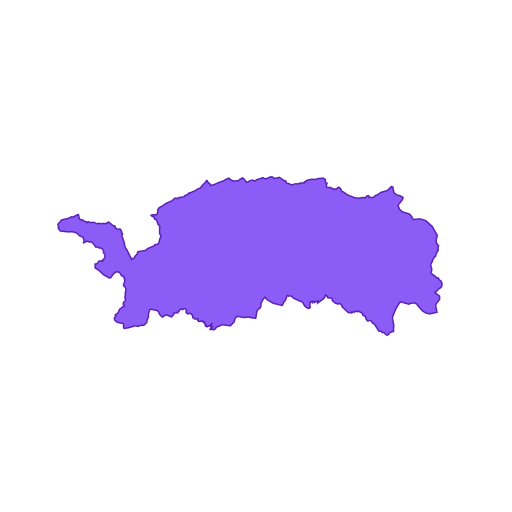 outline of Intregalde, Alba, Romania, rotated 215°
{"feature_id": "2599482B14836518060914", "entity_name": "Intregalde", "entity_type": "district", "adm_level": 2, "iso_a3": "ROU", "parent_name": "Romania", "parent_adm1": "Alba", "projection": "albers", "projection_center": [23.397, 46.245], "detail": "fine", "context": "isolated", "style": "filled", "palette": "violet", "viewbox_px": 512, "rotation_deg": 215, "n_neighbors": 0, "source": "geoboundaries", "source_scale": "gbopen_adm2", "svg_char_len": 6136}
<svg xmlns="http://www.w3.org/2000/svg" viewBox="0 0 512 512"><g transform="rotate(215 256 256)"><path d="M169.1,388.3L173.3,387.9L174.1,387.2L176.3,386.8L179.4,387.0L183.6,391.0L183.7,390.5L184.4,390.0L184.9,390.4L186.1,384.7L190.1,379.9L191.6,375.8L193.0,373.9L193.2,371.8L194.3,370.6L197.1,368.9L198.0,369.9L198.6,369.9L199.7,368.6L199.8,366.0L201.3,365.8L205.5,361.9L208.5,360.4L216.1,358.5L221.4,358.6L222.1,358.2L223.3,358.4L225.6,359.8L227.5,359.8L227.9,359.7L228.5,357.5L230.0,355.6L231.0,355.4L231.3,354.9L232.2,355.3L232.6,354.8L234.7,354.7L236.7,353.1L238.0,353.1L239.2,354.9L239.5,356.3L240.2,355.8L241.6,356.6L243.1,358.4L245.5,358.4L249.7,354.9L250.9,353.1L255.2,350.1L258.2,346.4L258.1,345.5L258.9,344.4L258.5,343.4L261.8,341.0L262.5,339.5L264.9,337.9L267.7,334.6L268.8,334.1L270.2,334.4L272.4,333.1L274.6,334.5L277.0,333.8L281.8,333.9L285.6,329.8L287.3,330.3L289.3,329.4L292.1,325.0L293.5,324.2L294.8,324.3L295.9,323.6L295.8,323.0L298.8,319.5L300.2,316.5L302.1,316.4L303.9,314.6L304.9,312.4L306.1,310.9L309.5,312.1L311.8,312.3L313.0,310.0L313.6,307.7L317.4,304.5L320.5,303.9L323.1,304.2L323.6,302.5L324.5,302.0L325.8,298.4L326.8,297.7L326.8,297.2L329.0,294.5L329.1,293.9L331.3,290.5L333.7,287.7L335.0,288.6L336.3,288.8L336.7,288.4L339.2,289.7L339.8,289.5L339.8,286.4L340.4,283.9L340.7,279.7L342.5,276.9L343.1,274.6L344.0,273.6L345.9,270.2L347.0,269.3L347.4,266.8L348.6,265.3L348.9,264.6L348.8,263.5L349.2,262.9L352.8,259.5L353.1,258.0L354.8,257.6L355.7,256.5L356.6,252.8L360.0,247.3L361.3,243.5L363.1,239.8L363.0,237.5L361.7,235.8L361.0,233.2L362.7,231.4L363.8,231.0L365.3,229.2L364.3,228.9L361.8,229.3L360.1,228.1L359.1,228.7L356.9,227.6L354.7,225.8L354.0,225.9L351.4,224.7L350.7,223.1L347.8,219.1L345.2,217.8L344.4,214.3L343.0,210.8L343.5,208.9L345.4,207.3L345.1,206.7L345.4,205.7L349.1,199.9L349.5,197.4L355.2,191.8L354.4,188.9L355.0,187.1L354.6,184.2L355.4,183.3L355.8,181.8L365.7,187.2L367.9,187.8L372.2,191.8L377.9,196.0L378.0,197.6L379.2,197.7L379.5,198.5L382.3,200.2L383.7,199.6L384.9,198.2L387.8,198.7L388.3,199.5L388.9,199.6L390.3,198.9L396.3,199.3L396.6,198.9L396.5,197.6L397.3,197.3L397.5,196.4L398.4,196.1L398.6,195.5L399.6,195.3L401.3,193.6L403.4,192.7L405.1,191.0L408.1,190.6L411.3,188.0L412.1,188.2L413.0,187.9L413.4,186.5L414.0,186.9L417.1,185.9L419.2,186.1L420.1,185.1L421.5,185.1L422.2,185.3L425.2,188.1L426.7,186.2L426.9,185.1L427.4,184.8L427.8,183.2L429.5,182.4L431.6,178.9L436.0,174.0L436.2,173.0L435.9,171.2L436.5,169.8L436.4,168.2L434.3,166.6L434.3,165.8L433.6,165.2L430.7,164.2L423.9,167.9L420.4,170.5L416.5,172.0L411.9,171.4L408.4,172.1L406.0,170.3L405.1,168.9L405.1,168.1L404.7,168.0L403.6,169.8L403.2,171.2L400.1,172.0L399.4,173.0L397.8,173.2L392.3,171.4L392.2,171.9L388.5,172.9L387.5,173.7L385.7,173.6L383.7,172.6L383.0,171.4L379.8,169.9L379.0,167.8L378.9,166.8L379.2,165.3L378.7,164.6L378.7,163.6L379.3,163.9L381.7,161.7L381.9,158.2L383.2,157.1L380.7,153.8L379.5,154.2L378.1,153.9L377.7,154.3L369.9,153.2L363.4,153.9L362.5,155.1L362.5,159.5L361.6,162.6L359.4,164.1L357.6,164.0L355.1,162.8L351.9,163.2L351.6,162.3L349.8,161.2L348.5,158.7L348.1,156.4L346.5,155.4L345.5,155.7L343.3,153.9L342.0,150.9L340.5,148.8L339.5,146.6L338.4,146.0L337.2,144.2L337.9,142.3L337.3,140.4L335.0,139.6L336.2,137.7L336.1,137.0L337.1,134.7L337.1,133.5L336.4,130.4L337.5,127.1L337.4,126.8L336.4,126.5L336.5,124.0L334.8,122.4L331.6,122.1L326.2,124.4L325.2,124.1L323.4,121.3L322.5,121.0L319.3,124.1L314.9,129.6L312.0,130.9L311.3,132.4L308.1,135.0L307.4,139.0L308.5,141.2L309.0,144.0L311.1,147.4L312.0,150.1L312.0,151.9L305.9,154.6L303.3,154.2L301.6,152.9L297.6,152.2L296.4,155.4L295.4,156.4L290.3,157.6L289.9,161.1L290.6,162.2L287.4,164.7L288.0,165.8L287.4,166.1L287.5,168.3L286.8,169.9L285.4,170.0L284.7,171.5L283.9,172.2L283.0,172.3L281.8,171.5L281.1,169.8L279.1,169.3L278.3,169.7L278.1,170.6L275.9,171.5L273.6,170.7L272.8,169.5L272.2,169.2L271.6,169.6L269.7,169.3L267.7,171.3L266.8,169.8L265.2,169.6L262.7,171.8L261.3,172.3L261.2,171.5L260.1,172.0L259.3,171.0L258.0,170.9L257.4,169.6L256.9,169.8L256.8,170.5L255.5,169.9L253.9,172.4L253.3,175.1L253.0,174.8L252.8,172.2L251.8,171.7L251.2,172.4L251.3,171.0L251.7,169.8L250.8,169.6L249.4,171.3L248.4,171.1L247.7,172.4L247.4,175.4L244.1,180.4L236.9,184.2L236.1,189.7L237.4,192.7L237.0,194.9L235.8,196.4L231.0,198.4L226.8,202.0L226.0,202.0L220.5,204.8L223.2,210.5L223.7,212.7L222.8,216.0L223.0,217.3L224.6,219.8L224.8,220.9L225.3,224.1L225.0,227.4L221.8,226.6L214.6,227.2L206.1,230.6L206.7,234.2L206.5,236.6L207.9,241.5L206.3,241.8L205.1,243.0L203.8,243.4L200.9,243.0L193.6,244.3L192.6,245.0L190.6,244.5L187.3,242.9L183.4,242.9L182.3,243.8L182.2,245.4L183.4,246.2L185.0,249.0L184.8,250.4L183.1,250.1L183.3,251.2L182.8,252.1L181.6,251.2L181.0,252.7L180.4,253.1L179.6,254.8L179.2,254.6L178.5,252.9L176.2,259.4L176.0,261.4L176.7,263.9L175.5,264.0L173.0,263.0L170.4,264.6L168.8,264.6L167.9,263.2L163.8,262.9L161.2,263.7L159.9,265.2L158.3,265.2L156.1,263.7L148.0,262.6L146.9,263.0L146.0,264.3L145.0,264.1L144.8,264.4L145.0,265.3L143.2,266.5L142.8,267.9L141.1,268.4L141.0,269.3L137.5,270.0L135.4,269.9L135.2,269.3L134.2,268.8L131.7,269.2L129.8,267.6L127.5,266.8L127.1,266.8L126.1,268.2L125.3,268.8L123.3,268.7L122.4,267.9L119.8,268.1L112.2,264.9L110.8,266.1L109.1,265.7L106.6,266.7L104.8,266.1L103.2,266.3L102.4,267.8L102.5,269.3L102.2,270.4L100.1,273.2L102.2,276.1L102.9,277.7L108.7,283.5L109.4,285.0L111.0,292.1L111.5,297.4L111.4,301.4L103.1,304.2L102.6,305.4L99.8,308.2L96.8,309.0L95.9,308.4L88.5,306.5L84.1,306.8L80.5,308.2L75.5,313.7L80.3,318.3L81.0,320.3L80.7,325.7L82.3,328.1L83.2,328.5L88.5,328.6L87.7,331.4L87.6,333.5L86.4,336.3L86.5,337.7L87.5,339.8L89.5,341.4L92.4,341.7L94.0,342.6L95.6,341.6L96.9,342.1L102.3,342.3L103.1,342.7L103.8,345.0L105.0,346.6L107.0,348.0L108.1,349.7L108.4,352.6L109.0,353.8L109.1,355.2L109.2,357.5L108.7,358.7L109.8,361.5L110.0,365.1L112.0,367.7L112.4,369.2L115.5,370.0L118.1,373.1L118.5,375.1L119.5,376.9L128.5,381.3L137.4,382.3L142.9,380.5L147.9,376.3L149.0,376.4L151.3,377.7L154.4,378.4L161.4,376.1L165.3,376.6L168.6,378.9L168.9,380.3L168.6,381.8L168.4,386.2L169.1,388.3Z" fill="#8b5cf6" stroke="#5b21b6" stroke-width="1.5"/></g></svg>